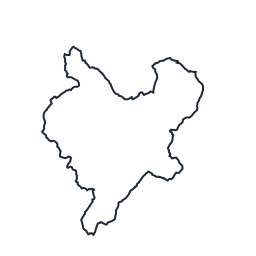 Quan Hoa, Thanh Hóa, Vietnam (Natural Earth projection), rotated 74°
{"feature_id": "81297802B43083568307928", "entity_name": "Quan Hoa", "entity_type": "district", "adm_level": 2, "iso_a3": "VNM", "parent_name": "Vietnam", "parent_adm1": "Thanh Hóa", "projection": "natural_earth1", "projection_center": [104.955, 20.487], "detail": "fine", "context": "isolated", "style": "outline", "palette": "slate", "viewbox_px": 256, "rotation_deg": 74, "n_neighbors": 0, "source": "geoboundaries", "source_scale": "gbopen_adm2", "svg_char_len": 5837}
<svg xmlns="http://www.w3.org/2000/svg" viewBox="0 0 256 256"><g transform="rotate(74 128 128)"><path d="M185.1,91.0L183.9,89.5L182.2,86.8L179.3,86.2L176.9,87.6L175.2,88.2L173.2,88.3L169.6,89.9L169.3,94.2L167.7,94.7L166.9,95.3L166.5,95.9L166.2,95.8L165.3,94.7L164.9,94.5L164.3,95.0L163.5,94.8L162.3,95.3L161.7,95.2L160.8,94.6L159.2,95.2L158.0,95.0L157.1,93.8L155.2,92.2L154.8,91.4L154.4,91.1L154.3,90.5L153.9,90.3L152.8,89.3L150.7,88.0L148.2,87.3L147.5,86.4L147.2,86.5L146.1,87.3L145.8,87.3L145.0,87.0L144.5,87.0L144.1,87.3L143.4,88.3L142.5,88.5L141.8,87.8L141.5,87.4L141.5,87.1L142.1,85.9L142.4,84.5L143.1,83.3L143.3,82.1L143.1,81.3L141.7,80.3L138.9,77.4L138.4,75.7L137.8,74.5L137.3,74.0L136.4,73.3L135.0,72.9L134.2,70.3L134.0,69.1L134.1,68.2L134.8,66.6L134.9,66.1L134.0,63.7L131.5,60.2L129.9,57.0L129.5,56.5L128.4,55.9L125.8,55.5L123.3,54.4L122.6,53.8L121.3,52.4L119.6,51.3L118.8,50.6L118.0,49.4L116.8,48.5L112.0,45.4L108.8,44.4L106.7,44.5L104.2,45.9L102.6,47.1L99.7,47.8L98.2,48.6L96.6,48.6L95.3,48.5L93.9,48.0L92.8,47.4L92.3,49.0L91.2,51.5L90.3,52.7L90.9,53.7L89.5,54.9L88.1,55.6L86.7,56.9L83.0,58.6L80.4,60.2L79.7,61.2L79.2,62.4L78.9,62.8L78.7,61.7L78.0,61.5L77.5,61.7L77.1,62.1L76.4,64.1L74.8,66.5L73.3,68.0L72.5,68.0L72.3,68.2L72.1,69.9L72.2,72.6L72.7,74.5L73.1,75.3L72.7,77.4L72.6,79.2L73.2,80.2L73.5,81.9L73.4,84.2L74.1,85.1L75.1,87.5L75.6,87.6L77.9,86.9L78.8,85.9L80.0,85.9L82.1,86.2L82.8,86.0L84.0,85.4L87.6,86.0L88.3,86.4L91.8,89.2L95.1,91.3L98.7,93.1L100.9,93.9L99.1,96.1L99.2,96.8L99.9,97.8L100.2,100.0L100.2,101.9L100.6,102.8L100.6,103.6L100.4,103.8L98.6,104.2L97.6,104.8L97.3,106.1L98.4,108.2L99.3,108.5L100.0,109.3L101.8,115.0L101.6,115.5L101.1,115.9L99.3,115.9L99.2,116.1L100.0,117.8L100.3,120.3L99.5,123.2L96.9,124.7L96.1,125.3L94.9,126.8L94.7,127.7L93.8,127.8L93.2,128.2L91.2,130.7L89.3,131.5L85.6,132.3L82.9,132.6L81.7,132.5L80.8,132.8L80.2,133.3L77.7,133.5L73.8,136.0L70.1,137.0L68.5,137.7L64.9,140.0L63.5,140.4L63.2,140.7L63.0,141.2L62.2,141.8L62.0,142.9L61.3,143.9L60.5,144.1L60.3,144.3L60.2,144.8L59.8,145.5L59.6,148.0L59.1,148.4L56.8,148.9L55.5,149.7L54.6,150.0L53.4,151.0L52.1,150.7L51.4,150.9L50.9,151.7L50.6,153.1L48.9,152.9L46.3,153.0L45.1,152.7L44.6,152.7L43.8,152.4L40.8,152.4L40.4,153.2L39.8,153.8L37.2,156.0L35.8,157.5L34.8,158.1L35.6,159.7L38.3,163.0L40.6,163.5L41.7,164.1L41.3,165.6L40.7,167.1L39.5,168.3L39.9,168.6L41.3,169.4L41.9,169.6L44.5,169.5L47.6,170.3L48.9,169.9L49.9,170.3L50.6,171.4L51.9,171.5L54.7,172.5L55.3,172.5L56.5,171.6L58.0,171.8L58.6,171.2L59.0,171.0L59.4,171.2L60.8,172.4L61.5,172.6L62.6,171.8L62.7,171.2L63.2,170.2L63.4,168.9L64.1,167.9L65.3,167.0L66.1,166.0L66.9,165.5L67.8,164.3L68.6,163.4L70.9,162.9L72.7,163.1L73.3,163.2L73.7,163.5L74.1,164.0L74.4,165.3L74.0,166.5L73.7,167.9L73.8,168.6L74.2,170.1L75.8,172.3L75.3,172.6L74.9,173.3L75.2,174.0L75.3,175.6L75.0,176.8L75.9,178.8L76.9,182.6L78.9,186.4L78.9,187.6L79.4,188.5L79.0,188.9L78.5,188.9L78.0,189.1L77.7,189.8L77.9,190.9L78.7,192.3L79.5,194.6L82.1,195.0L83.6,194.6L85.0,197.4L85.9,198.2L86.8,200.1L87.9,200.7L88.1,201.4L88.6,202.1L89.3,203.3L90.1,204.2L91.4,205.1L91.9,205.4L93.7,206.0L95.5,206.3L98.9,205.9L101.1,206.9L101.7,207.4L103.7,208.5L105.3,208.6L106.0,209.2L106.4,209.8L107.1,210.3L107.9,211.6L109.8,210.8L111.8,209.1L113.0,208.8L114.4,209.2L115.4,208.3L116.1,208.2L117.0,207.6L117.7,207.4L119.6,205.9L119.4,204.9L119.7,204.0L119.7,203.1L120.8,201.9L121.7,201.2L122.8,200.7L124.2,200.3L125.1,200.6L126.5,201.2L127.5,200.1L130.8,199.6L131.6,199.1L133.1,199.9L135.3,200.9L136.8,201.1L137.0,200.7L138.0,199.5L139.5,197.1L139.7,195.9L139.1,192.7L139.6,191.8L140.8,191.1L141.3,191.1L142.0,191.7L143.6,192.4L144.8,193.5L146.1,195.4L147.3,196.4L148.0,197.0L149.1,197.3L149.4,197.2L149.6,196.8L149.7,196.4L149.3,194.3L149.6,193.4L150.2,192.8L152.2,192.6L152.7,192.3L153.5,191.5L154.1,190.2L154.7,189.9L156.0,189.9L158.3,190.6L159.8,190.2L161.1,190.9L161.9,190.8L164.0,191.9L164.5,192.8L165.9,192.4L166.3,191.5L166.6,191.2L168.5,191.9L169.8,191.0L171.0,190.0L173.4,189.1L173.3,187.7L174.0,186.1L174.8,185.4L176.6,184.4L176.0,182.9L176.0,182.0L176.3,181.4L176.3,180.3L176.4,179.7L177.2,178.2L178.0,177.8L178.1,178.7L178.5,179.2L182.5,179.5L185.5,179.3L186.6,179.8L186.9,180.1L187.0,180.7L186.9,182.0L189.0,182.2L190.7,184.4L194.9,189.3L195.9,190.6L196.9,192.6L198.4,192.9L199.1,193.4L199.5,194.4L200.2,194.8L200.5,195.4L201.2,196.2L201.7,196.5L203.5,198.4L205.8,198.2L206.2,198.3L210.9,198.4L212.2,198.7L214.2,197.6L215.2,196.4L216.5,196.3L219.2,195.5L219.3,195.1L219.0,194.4L219.2,193.9L218.7,193.5L219.0,192.5L219.6,191.3L220.9,190.9L221.2,190.7L221.1,190.4L219.9,189.6L219.1,188.4L215.2,186.1L211.6,183.4L211.4,181.3L210.9,179.9L212.5,178.5L214.5,176.2L214.8,175.5L214.6,174.7L213.2,173.2L213.2,171.3L213.0,169.1L212.7,168.4L212.4,166.6L211.8,165.6L209.7,164.7L208.7,164.1L207.9,163.9L206.7,163.0L204.4,162.5L203.1,161.5L201.4,159.7L200.3,158.8L197.7,157.9L197.1,157.4L196.9,157.0L196.8,156.6L197.0,154.9L196.5,153.8L195.9,153.2L195.4,150.9L194.2,148.8L193.9,148.0L192.0,145.6L190.8,144.6L190.6,144.1L189.2,143.2L188.8,142.5L188.8,142.1L188.5,141.6L188.3,140.5L187.5,139.2L187.5,138.5L186.7,137.4L186.4,137.4L186.4,136.4L186.2,135.8L185.8,135.7L185.4,135.2L184.6,135.1L184.2,134.3L183.9,134.1L183.8,133.5L183.6,132.9L182.6,131.9L182.2,131.2L181.6,130.5L181.1,130.1L181.0,129.7L180.4,128.8L179.6,128.3L179.2,127.4L178.2,126.1L178.0,125.4L177.0,123.6L176.7,123.4L176.6,122.7L175.6,120.8L175.6,120.4L175.9,119.9L178.3,117.7L178.6,117.5L179.6,117.5L180.8,116.0L182.4,114.6L182.9,113.8L183.1,112.3L183.7,111.9L183.8,111.6L183.6,111.3L183.7,111.0L184.7,109.5L185.1,109.3L185.8,108.3L185.9,107.3L187.0,106.9L187.7,106.0L189.3,104.8L189.5,104.5L188.9,103.5L188.4,102.2L189.0,100.7L188.9,99.9L188.7,99.3L188.2,98.6L185.2,95.3L184.7,94.5L184.2,94.0L185.1,91.6L185.1,91.0Z" fill="none" stroke="#1e293b" stroke-width="2"/></g></svg>